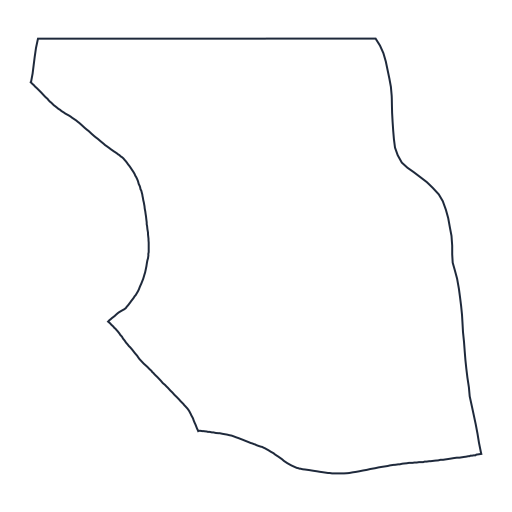 Jabal Murad, Ma'rib, Yemen
{"feature_id": "15242507B48371186390559", "entity_name": "Jabal Murad", "entity_type": "district", "adm_level": 2, "iso_a3": "YEM", "parent_name": "Yemen", "parent_adm1": "Ma'rib", "projection": "natural_earth1", "projection_center": [45.169, 15.045], "detail": "fine", "context": "isolated", "style": "outline", "palette": "slate", "viewbox_px": 512, "rotation_deg": 0, "n_neighbors": 0, "source": "geoboundaries", "source_scale": "gbopen_adm2", "svg_char_len": 5080}
<svg xmlns="http://www.w3.org/2000/svg" viewBox="0 0 512 512"><path d="M38.0,38.7L37.8,39.5L36.0,47.9L34.7,56.9L33.6,65.6L32.6,73.6L31.1,81.6L30.7,82.2L32.4,83.9L34.0,85.3L34.9,86.4L36.9,88.2L38.7,90.0L39.8,91.1L41.4,92.7L42.3,93.7L43.7,95.2L45.0,96.6L46.3,97.8L47.6,98.9L48.3,99.9L49.2,100.9L50.1,101.8L51.2,102.6L52.8,104.2L53.9,105.3L55.3,106.3L57.3,107.9L58.2,108.7L60.2,109.9L61.4,111.0L64.0,112.6L65.2,113.5L68.9,115.5L70.8,116.7L71.9,117.6L74.6,119.4L76.1,120.4L77.9,121.9L79.0,122.7L80.6,124.1L81.5,124.9L82.7,126.0L84.2,127.4L85.1,128.2L86.9,129.7L88.5,130.9L89.4,131.7L91.6,133.8L93.2,135.2L94.1,136.0L95.7,137.3L96.8,138.1L98.1,139.1L99.7,140.5L101.0,141.6L103.7,143.8L105.1,145.1L106.6,146.1L107.7,146.9L109.1,147.9L110.9,149.3L112.2,150.2L114.2,151.6L115.2,152.2L117.1,153.5L118.0,154.3L119.4,155.1L120.7,156.4L121.9,157.1L123.4,158.4L124.6,159.9L125.7,161.1L126.8,162.5L128.1,164.4L129.5,166.1L131.0,168.3L131.9,169.7L132.8,171.0L133.7,172.4L134.6,174.0L135.3,175.7L136.2,177.1L137.1,179.0L138.0,181.2L138.7,183.9L139.8,186.2L140.2,187.6L140.5,189.2L141.3,190.7L141.6,191.9L142.3,194.6L142.5,196.0L142.9,197.9L143.3,200.3L143.8,202.4L144.5,206.3L144.7,208.4L145.3,211.6L145.6,213.9L146.0,216.4L146.3,219.2L146.7,222.3L146.7,224.2L147.1,226.2L147.4,229.1L148.0,232.6L148.0,234.4L148.5,238.8L148.5,240.2L148.7,242.7L148.7,245.5L148.7,247.6L148.7,249.3L148.7,250.5L148.7,252.1L148.3,254.0L148.4,255.4L148.0,258.3L147.4,260.3L146.9,263.0L146.4,266.3L145.8,269.2L145.1,272.5L144.4,274.7L143.8,276.8L143.1,279.1L142.2,281.3L141.3,283.6L140.2,286.0L139.5,287.7L139.0,289.1L138.1,291.0L137.3,292.4L136.4,293.9L135.7,295.1L134.6,296.3L133.7,297.8L132.8,299.0L131.0,301.3L130.2,302.5L129.4,303.5L128.7,304.5L127.6,305.8L126.7,306.8L125.8,308.1L124.2,309.3L122.7,310.1L121.3,310.9L118.8,312.4L117.5,313.4L115.7,315.0L114.8,315.9L113.5,316.9L111.9,318.1L110.7,319.2L109.4,320.2L108.5,321.2L108.1,321.6L109.4,322.7L110.3,323.5L111.1,324.5L112.3,325.6L113.4,326.6L114.1,327.6L115.5,328.8L116.6,330.1L117.7,331.3L119.5,333.6L120.2,334.8L121.9,336.6L123.1,338.7L124.6,340.5L126.0,342.6L127.6,344.4L128.9,346.1L130.2,347.3L132.0,349.4L133.4,351.2L134.7,352.9L135.9,354.3L137.2,355.8L138.1,357.2L139.4,359.0L140.8,360.5L142.1,361.9L143.7,363.6L145.5,365.2L147.5,367.0L149.5,369.1L151.5,370.9L152.2,372.0L153.4,373.0L154.4,374.2L155.8,375.6L157.2,376.9L159.1,378.9L160.9,380.8L162.8,383.1L165.0,384.9L166.6,386.6L167.7,387.6L169.5,389.6L170.4,390.6L172.2,392.3L173.1,393.3L174.4,394.8L176.9,397.2L179.3,399.7L180.3,400.9L182.0,402.6L183.4,404.0L184.3,405.2L185.4,406.3L186.3,407.3L187.4,408.5L188.5,410.0L189.4,411.4L190.1,412.8L190.8,414.1L191.3,415.3L192.1,416.7L193.0,418.4L193.7,420.5L194.6,422.7L195.5,424.6L196.2,426.4L197.0,428.5L197.7,429.9L198.2,431.1L198.8,430.8L200.4,430.8L202.2,431.1L203.6,431.1L204.7,431.3L206.7,431.5L208.0,431.9L209.8,431.9L211.9,432.4L213.4,432.4L215.9,433.0L218.4,433.2L219.7,433.2L222.4,433.8L224.7,434.2L227.1,434.6L229.4,435.2L231.6,435.6L233.8,436.4L236.1,437.3L238.5,438.1L240.5,438.9L242.6,439.7L244.8,440.6L246.8,441.4L248.8,442.2L250.7,443.0L252.2,443.4L254.2,444.2L255.3,444.5L256.3,445.1L258.5,445.9L259.7,446.3L261.0,446.7L262.1,446.9L263.6,447.7L265.2,448.4L266.2,449.0L268.4,450.2L270.9,451.8L273.7,453.3L274.5,454.1L276.7,455.6L278.0,456.4L280.0,457.8L282.0,459.2L283.9,460.9L285.7,462.1L287.2,463.1L289.5,464.4L291.3,465.4L292.6,466.0L294.8,467.0L296.8,467.9L298.4,468.2L299.5,468.7L300.5,468.7L302.0,469.1L303.0,469.3L305.0,469.5L309.4,470.1L311.7,470.5L314.2,470.9L317.0,471.3L319.8,471.8L322.7,472.2L325.4,472.6L328.0,473.0L329.6,473.0L332.1,473.4L335.0,473.4L337.2,473.4L338.2,473.4L340.6,473.4L342.4,473.4L344.0,473.4L347.3,473.2L349.3,473.0L352.9,472.3L355.9,471.9L359.2,471.3L363.0,470.5L366.7,469.9L370.3,469.0L375.2,468.2L378.6,467.4L382.3,466.8L385.1,466.4L387.7,466.0L390.0,465.4L392.0,465.1L393.4,464.9L395.2,464.8L397.2,464.5L398.3,464.3L399.8,464.3L402.3,463.7L404.1,463.5L406.6,463.3L408.8,462.9L410.4,462.9L412.4,462.9L414.6,462.5L415.6,462.5L416.9,462.5L419.2,462.1L420.7,462.1L423.2,462.1L424.7,461.6L426.7,461.6L429.2,461.2L430.6,461.2L433.7,460.8L435.3,460.6L438.2,460.4L440.5,459.8L443.1,459.8L445.6,459.4L448.3,459.0L450.8,458.6L453.7,458.1L456.6,457.7L459.3,457.7L461.8,457.3L464.3,456.9L466.0,456.7L468.3,456.2L469.4,456.2L470.5,455.7L471.9,455.7L473.9,455.3L475.4,455.3L476.4,454.6L478.0,454.4L479.3,454.2L481.3,453.9L480.7,451.3L479.0,442.9L477.5,433.7L475.7,424.2L473.7,414.8L471.9,406.4L469.7,396.3L468.9,387.4L467.4,377.5L466.3,368.5L465.4,359.9L464.7,351.2L464.0,341.8L463.0,332.1L462.5,323.1L462.0,314.7L461.1,305.8L460.0,297.0L458.9,288.8L457.1,278.7L454.9,270.5L452.7,262.7L452.2,254.4L452.2,245.8L451.5,235.9L449.9,227.5L448.2,218.1L445.9,209.8L442.8,201.2L438.8,194.4L432.7,187.8L429.1,184.3L426.8,182.1L420.4,177.2L413.8,172.2L407.4,167.7L401.8,162.6L397.7,155.2L395.0,147.6L393.9,139.0L393.2,130.7L392.6,121.9L392.1,112.8L391.9,104.4L391.8,98.7L391.7,96.0L390.9,86.9L389.4,78.7L387.6,70.1L385.8,61.5L383.4,53.2L380.0,45.6L375.6,38.6L38.0,38.7Z" fill="none" stroke="#1e293b" stroke-width="2"/></svg>